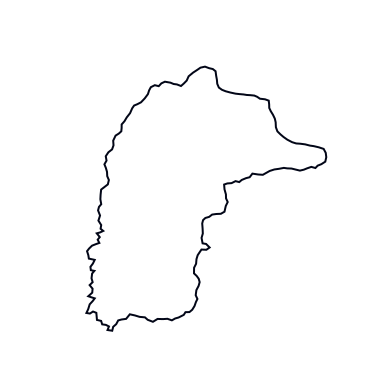 the district of Santa Rosa da Serra, Minas Gerais, Brazil, rotated 161°
{"feature_id": "56859067B87351492143193", "entity_name": "Santa Rosa da Serra", "entity_type": "district", "adm_level": 2, "iso_a3": "BRA", "parent_name": "Brazil", "parent_adm1": "Minas Gerais", "projection": "albers", "projection_center": [-46.003, -19.557], "detail": "fine", "context": "isolated", "style": "outline", "palette": "ink", "viewbox_px": 384, "rotation_deg": 161, "n_neighbors": 0, "source": "geoboundaries", "source_scale": "gbopen_adm2", "svg_char_len": 2737}
<svg xmlns="http://www.w3.org/2000/svg" viewBox="0 0 384 384"><g transform="rotate(161 192 192)"><path d="M130.4,298.5L132.3,301.5L135.5,303.5L138.9,306.3L143.5,306.8L147.1,305.8L152.2,304.5L157.5,302.5L160.7,299.1L164.5,297.2L167.9,295.8L171.2,298.6L174.2,300.1L176.8,302.4L181.7,305.1L185.6,304.7L189.0,302.9L192.4,305.1L196.8,304.5L199.5,302.0L201.8,298.9L206.2,295.9L211.0,293.4L215.2,292.8L218.6,292.6L221.3,290.6L224.9,286.7L229.4,283.8L232.8,280.9L236.5,278.8L237.7,275.4L239.1,272.4L242.1,271.1L245.9,270.2L249.8,266.2L251.0,261.7L253.7,258.3L258.1,256.8L261.9,253.9L262.6,249.5L265.8,246.7L265.6,242.8L265.8,238.7L267.0,234.6L266.7,230.4L269.1,226.6L273.2,225.2L277.1,223.9L279.3,219.2L281.0,215.0L281.8,210.0L284.8,208.2L286.8,205.2L286.6,199.7L289.8,195.4L288.6,190.3L290.4,187.0L288.6,184.1L292.1,183.7L295.5,183.9L293.9,179.4L296.7,177.6L296.2,174.0L299.8,174.0L304.0,173.8L307.8,172.0L310.5,170.2L310.6,166.0L311.2,162.6L306.1,159.5L309.0,156.6L312.4,154.3L313.1,151.0L310.0,149.2L313.0,147.4L315.1,143.1L315.3,139.1L319.1,137.3L317.5,132.9L319.1,129.3L324.0,127.2L321.3,125.1L318.6,123.1L321.4,121.2L325.3,119.1L328.3,115.0L331.2,112.0L328.1,110.3L324.5,111.2L321.8,108.9L323.5,102.0L319.9,99.7L320.0,96.1L316.7,94.4L314.3,91.9L316.8,89.0L312.6,86.8L310.4,90.2L306.7,91.7L303.6,94.6L300.2,94.4L295.6,93.5L290.6,96.6L286.2,93.9L282.2,91.0L277.3,88.8L275.5,85.6L271.2,82.0L265.9,83.2L260.9,81.3L256.5,80.1L252.8,77.2L249.1,77.9L245.6,77.7L239.8,78.5L237.3,80.5L233.5,79.3L230.1,80.6L226.7,83.4L224.1,86.7L221.7,89.1L222.1,93.2L219.8,97.8L216.3,101.1L214.1,104.3L213.9,107.8L214.9,111.1L216.6,114.4L214.7,119.7L211.5,122.8L209.6,127.1L207.2,130.4L204.6,132.4L201.8,134.5L197.2,132.7L193.4,133.8L195.6,138.3L198.7,140.0L197.9,145.5L195.3,149.2L193.9,153.9L192.6,158.9L190.7,161.8L187.8,163.1L183.9,162.9L180.3,164.1L176.2,163.3L171.8,162.0L167.7,162.8L164.6,167.8L161.5,170.9L161.9,174.9L160.7,178.7L160.4,183.9L159.2,188.6L155.8,188.6L151.7,187.5L147.3,188.1L144.1,186.0L141.1,187.2L136.4,187.5L132.7,187.2L128.9,189.7L123.7,187.0L119.4,185.2L115.6,185.9L111.7,186.6L106.8,186.5L102.2,185.6L97.3,184.9L94.2,183.3L90.3,181.8L85.8,178.9L83.0,177.1L79.0,176.7L75.5,176.9L71.0,176.9L67.5,174.5L64.6,176.0L60.6,176.2L56.1,177.3L53.7,181.2L52.8,185.5L53.5,189.9L57.6,193.0L61.9,195.7L65.4,197.5L69.5,200.2L73.9,202.4L77.7,204.0L81.1,206.5L84.8,210.4L87.6,214.3L89.6,217.7L91.5,221.5L91.6,225.9L90.2,230.7L89.8,234.4L90.3,238.7L91.2,242.7L91.6,246.3L90.5,249.8L89.7,253.4L92.8,255.9L97.4,258.1L99.4,260.8L101.7,262.9L105.4,264.6L108.6,265.9L111.6,267.5L115.2,269.1L118.8,270.8L123.4,273.6L127.4,276.3L130.4,278.9L132.6,282.0L132.9,286.1L131.9,290.1L131.3,294.1L130.4,298.5Z" fill="none" stroke="#020617" stroke-width="2"/></g></svg>